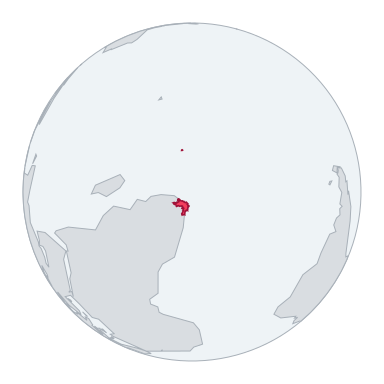 Western Cape on an orthographic globe, rotated 218°
{"feature_id": "ZAF-1189", "entity_name": "Western Cape", "entity_type": "Province", "adm_level": 1, "iso_a3": "ZAF", "parent_name": "South Africa", "parent_adm1": "", "projection": "orthographic", "projection_center": [20.981, -38.718], "detail": "fine", "context": "on_globe", "style": "filled", "palette": "rose", "viewbox_px": 384, "rotation_deg": 218, "n_neighbors": 0, "source": "natural_earth", "source_scale": "10m", "svg_char_len": 7481}
<svg xmlns="http://www.w3.org/2000/svg" viewBox="0 0 384 384"><g transform="rotate(218 192 192)"><circle cx="192" cy="192" r="169" fill="#eef3f6" stroke="#a8b0b8"/><path d="M26.7,157.1L27.6,156.7L31.5,150.3L32.4,153.5L31.6,158.3L33.6,155.7L33.7,158.0L44.5,147.4L52.2,146.1L53.5,154.4L50.0,169.8L53.7,195.1L49.3,212.5L52.8,223.3L57.5,243.6L54.2,249.4L60.0,253.3L62.1,260.4L61.3,265.1L65.3,269.8L64.9,273.2L68.1,273.6L73.7,283.9L79.4,286.4L85.1,294.2L88.8,295.4L88.7,296.8L90.1,299.2L92.4,300.6L89.1,302.9L81.2,299.0L77.1,294.7L76.8,296.2L67.5,285.9L69.4,289.4L57.8,278.3L49.5,266.4L33.0,238.5L30.9,235.6L29.7,237.8L28.4,234.1L25.6,221.5L23.9,208.6L23.1,195.7L23.3,182.7L24.5,169.8L26.7,157.1ZM96.6,299.9L90.4,303.3L92.9,301.0L89.5,296.3L94.6,295.4L96.6,299.9ZM88.6,286.8L87.7,282.5L89.0,282.4L89.9,285.3L88.6,286.8ZM146.2,29.4L149.1,28.6L161.2,25.9L173.4,24.1L185.6,23.2L197.9,23.1L210.1,24.0L222.3,25.8L234.3,28.4L246.0,31.9L257.5,36.3L268.7,41.4L279.4,47.4L289.7,54.1L299.4,61.6L308.6,69.7L317.2,78.5L325.1,87.9L332.3,97.8L338.8,108.3L335.6,103.7L331.8,104.1L334.3,114.6L331.6,116.1L321.0,93.9L315.4,82.9L312.0,80.9L300.6,68.4L282.4,58.1L279.3,55.3L276.0,54.6L267.9,49.9L263.1,46.0L258.4,44.6L271.1,55.4L276.0,57.3L279.6,56.2L282.3,59.8L290.0,65.8L282.9,69.6L255.1,67.9L251.7,59.9L227.2,39.4L227.6,38.0L227.4,37.8L227.1,37.5L225.5,39.6L221.1,36.5L234.9,48.4L237.5,53.9L254.7,68.2L253.3,69.1L258.6,72.9L275.0,75.1L275.2,77.8L267.9,88.2L244.7,102.7L247.4,118.8L245.1,132.6L229.9,140.0L230.6,152.5L222.6,156.0L221.6,163.3L214.8,170.9L203.7,178.2L185.6,178.6L185.1,171.3L176.9,158.4L165.7,129.9L170.9,117.0L169.5,108.1L156.4,91.3L159.3,81.4L155.6,78.2L148.2,80.4L143.9,77.0L139.3,77.9L110.4,89.8L101.4,87.9L90.0,78.6L95.1,70.9L95.6,65.5L129.9,38.5L137.7,36.6L165.3,29.7L168.8,29.6L166.1,32.4L187.2,34.3L193.4,31.7L212.0,34.5L224.1,35.8L227.5,31.5L207.7,29.1L203.8,27.0L219.2,27.1L236.4,30.5L235.5,29.9L224.2,26.8L227.7,27.0L220.2,25.8L223.6,26.7L219.0,26.2L215.6,25.4L217.0,25.4L211.7,24.7L206.5,25.5L209.3,26.5L195.7,26.2L199.1,27.9L195.6,28.7L188.5,26.2L188.8,25.4L175.9,24.5L174.3,25.2L186.4,26.3L182.8,26.3L180.7,27.9L179.5,26.7L166.7,25.9L154.1,28.5L138.8,35.3L131.3,38.0L124.7,39.6L129.5,35.4L145.8,30.1L147.7,29.2L144.2,29.9L146.2,29.4ZM353.5,142.2L355.3,149.6L358.5,164.6L359.7,176.6L358.4,168.1L356.9,157.3L355.3,151.2L353.9,143.9L349.5,130.8L353.5,142.2ZM348.9,129.2L347.5,126.2L345.8,122.0L339.3,109.2L348.9,129.2ZM118.8,48.0L118.0,49.4L118.0,49.5L118.8,48.0ZM250.9,33.6L249.9,33.3L244.2,31.6L255.3,36.6L253.6,36.6L255.3,37.8L265.2,41.7L259.6,37.9L262.9,39.2L259.8,37.6L259.1,37.7L251.3,34.0L255.1,35.3L253.6,34.7L250.9,33.6ZM172.6,28.4L175.2,28.2L179.4,27.8L178.1,29.0L172.6,28.4ZM163.7,27.8L166.1,27.3L166.3,28.4L163.5,28.8L163.7,27.8ZM167.2,26.4L166.2,27.2L165.1,27.0L167.2,26.4ZM224.3,31.7L220.9,32.1L219.0,31.4L220.6,31.4L224.3,31.7ZM198.5,29.3L204.5,30.2L198.1,29.7L198.5,29.3ZM274.9,244.1L274.8,248.0L272.8,246.8L274.9,244.1ZM272.3,137.9L259.4,161.5L252.0,159.6L251.4,150.9L256.6,135.7L265.5,133.9L270.1,128.4L272.3,137.9ZM357.6,225.3L358.0,223.2L358.2,222.5L357.9,224.2L357.6,225.3ZM358.6,219.8L359.2,204.9L358.9,197.5L359.4,196.5L359.9,206.4L358.6,219.8ZM359.4,196.0L358.4,180.9L353.9,151.0L355.6,155.4L359.6,178.6L359.5,179.8L360.1,190.1L359.4,196.0ZM360.4,206.1L360.6,202.0L360.7,197.4L360.8,187.3L360.8,185.3L360.4,206.1ZM335.0,116.1L338.3,125.7L336.6,124.7L335.0,116.1ZM256.4,348.2L257.9,347.6L257.7,347.7L256.4,348.2ZM292.2,326.8L298.5,322.5L293.6,326.7L290.4,328.5L292.2,326.8ZM296.8,324.5L299.1,322.5L302.5,319.7L302.9,319.0L307.7,314.4L316.0,306.4L316.2,305.7L318.6,303.7L317.6,304.1L322.7,298.3L327.1,292.2L329.3,278.3L331.4,272.3L334.5,269.8L343.6,253.9L343.2,255.8L347.9,247.1L348.7,253.5L350.2,251.5L345.1,263.5L339.1,275.1L332.2,286.3L324.5,296.8L316.0,306.8L306.7,316.0L296.8,324.5Z" fill="#d9dde1" stroke="#a8b0b8" stroke-width="1"/><path d="M198.5,178.1L198.4,178.1L198.0,178.2L197.9,178.3L197.9,178.5L197.1,178.4L196.9,178.2L196.9,178.3L197.0,178.3L196.9,178.4L196.6,178.3L196.4,178.3L196.4,178.2L196.5,178.1L196.4,178.1L196.0,178.1L195.9,178.1L195.7,178.2L195.6,178.3L195.2,178.3L194.9,178.4L194.8,178.5L194.4,178.7L194.4,178.8L194.3,179.0L194.2,179.1L193.9,179.3L193.5,179.2L193.4,179.1L193.1,179.2L193.1,179.3L192.9,179.3L192.7,179.3L192.2,179.2L191.8,179.2L191.7,179.2L191.8,179.2L191.6,179.3L191.7,179.5L191.2,179.4L190.9,179.4L190.8,179.5L190.7,179.6L190.5,179.8L190.4,179.8L190.2,180.0L189.8,180.3L189.7,180.4L189.8,180.5L189.6,180.5L189.3,180.3L188.9,180.3L188.7,180.3L188.4,180.1L188.2,179.9L188.0,180.0L188.0,179.9L187.9,180.0L188.1,179.7L188.0,179.4L187.9,179.3L187.7,179.4L187.4,179.2L187.5,179.0L187.4,179.2L187.2,179.2L186.9,179.2L186.8,179.3L186.7,179.3L186.7,179.2L186.8,178.9L186.7,178.7L186.8,178.6L186.7,178.4L186.3,178.4L186.1,178.4L185.9,178.5L185.9,178.9L185.9,179.1L185.7,179.1L185.7,178.9L185.6,178.7L185.6,178.4L185.6,178.1L185.7,177.9L185.9,177.9L185.9,177.7L185.7,177.3L185.7,177.1L185.5,176.9L185.4,176.7L185.0,176.3L185.0,176.2L184.8,175.9L184.7,175.8L184.6,175.7L184.9,175.9L185.0,175.9L184.9,175.7L184.7,175.6L184.7,175.4L184.4,175.4L184.3,175.2L184.3,174.9L184.2,174.8L184.3,174.8L184.4,174.7L184.5,174.4L184.6,174.5L184.8,174.6L185.3,174.2L185.4,173.8L185.4,173.7L185.4,173.4L185.4,173.2L185.3,172.7L185.3,172.4L185.2,172.2L185.1,171.8L185.1,171.6L184.7,171.0L184.6,170.9L184.4,170.7L184.2,170.4L184.2,170.2L183.9,169.9L184.0,169.9L184.0,169.6L184.2,169.2L184.3,169.1L184.4,168.9L184.5,168.8L184.9,168.9L185.1,168.8L185.2,168.6L185.3,168.4L185.4,168.2L185.5,167.9L185.6,168.0L185.6,167.9L185.9,167.8L186.3,168.1L186.5,168.4L186.6,168.5L186.8,168.6L186.8,168.9L186.8,169.0L186.8,169.4L186.8,169.9L186.9,170.1L187.0,170.2L187.0,170.3L187.0,170.6L187.1,170.8L187.2,171.0L187.2,171.3L187.2,171.5L187.2,171.8L187.1,172.0L187.3,172.0L187.5,172.0L187.7,171.9L187.7,172.1L187.8,172.2L187.9,172.4L188.0,172.4L188.2,172.5L188.3,172.9L188.2,173.1L188.2,173.4L188.3,173.6L188.3,174.0L188.5,174.1L188.5,173.9L188.6,173.6L188.8,173.5L188.9,173.4L189.1,173.3L189.4,173.3L189.6,173.1L189.9,172.8L190.0,172.8L190.1,173.0L189.9,173.3L189.8,173.5L189.8,173.8L189.9,174.0L190.0,174.3L190.1,174.5L190.3,174.6L190.4,174.8L190.5,174.9L190.6,175.0L190.8,175.0L190.9,174.9L191.0,174.9L191.3,174.9L191.5,174.8L191.6,174.6L191.6,174.3L191.7,174.2L191.9,174.2L192.2,174.1L192.3,174.0L192.5,173.7L192.8,173.3L193.1,173.3L193.4,173.1L193.4,172.9L193.6,172.9L193.8,172.9L194.2,173.0L194.3,172.9L194.5,172.8L194.5,172.7L194.8,172.4L194.7,172.3L194.8,171.9L195.2,171.1L195.3,171.0L195.8,171.2L195.9,171.3L196.0,171.4L196.1,171.6L196.3,171.7L196.4,171.8L196.6,171.8L196.9,171.9L197.1,172.0L197.6,171.9L197.8,171.6L198.0,171.5L198.1,171.4L198.4,171.4L198.6,171.3L198.8,171.4L199.0,171.5L199.2,171.8L199.4,171.7L199.5,171.6L199.9,171.8L200.0,171.8L199.9,171.9L199.9,172.0L200.0,172.2L199.9,172.3L199.8,172.5L199.7,172.8L199.2,173.0L198.9,172.9L198.7,173.0L198.5,173.3L198.1,173.3L197.8,173.3L197.7,173.5L197.6,173.8L197.7,174.0L197.7,174.3L197.8,174.4L197.8,174.5L197.7,174.7L197.3,174.7L197.2,174.6L197.2,174.8L196.9,175.1L196.8,175.3L196.8,175.5L196.3,176.2L196.3,176.3L196.7,176.4L197.0,176.4L197.6,176.4L198.0,176.5L198.3,176.7L198.4,176.9L198.5,177.1L198.0,177.3L197.8,177.5L198.1,177.6L198.3,177.6L198.6,177.8L198.5,178.0L198.5,178.1ZM225.2,218.9L225.3,218.9L225.5,219.0L225.5,219.3L225.4,219.3L225.1,219.2L225.2,218.9ZM225.7,218.4L225.8,218.3L225.9,218.5L225.7,218.5L225.7,218.4Z" fill="#f43f5e" stroke="#9f1239" stroke-width="1.5"/></g></svg>